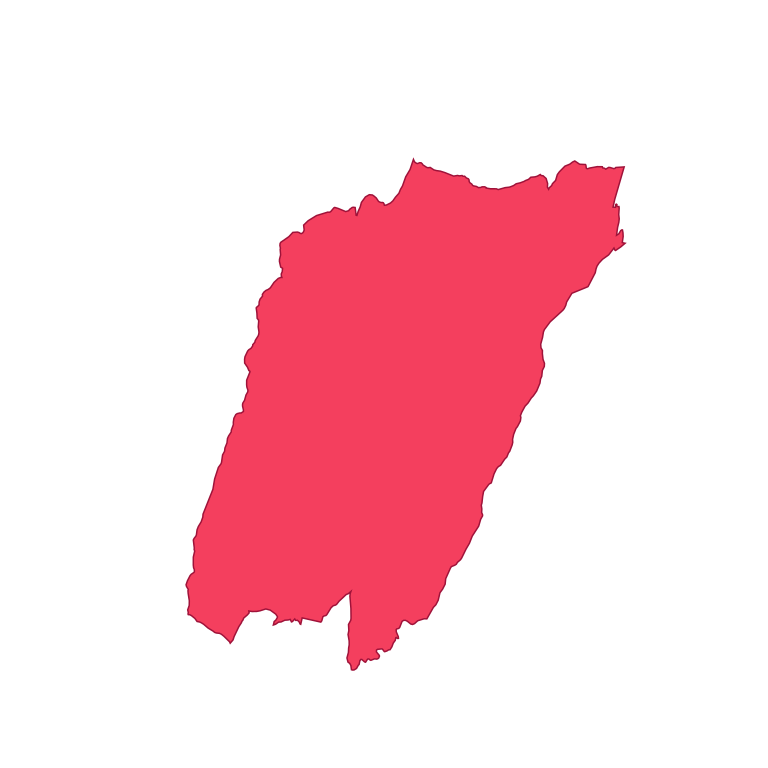 the district of Cosminele, Prahova, Romania, rotated 296°
{"feature_id": "2599482B41257383601072", "entity_name": "Cosminele", "entity_type": "district", "adm_level": 2, "iso_a3": "ROU", "parent_name": "Romania", "parent_adm1": "Prahova", "projection": "robinson", "projection_center": [25.876, 45.169], "detail": "fine", "context": "isolated", "style": "filled", "palette": "rose", "viewbox_px": 768, "rotation_deg": 296, "n_neighbors": 0, "source": "geoboundaries", "source_scale": "gbopen_adm2", "svg_char_len": 6148}
<svg xmlns="http://www.w3.org/2000/svg" viewBox="0 0 768 768"><g transform="rotate(296 384 384)"><path d="M444.6,524.3L453.1,523.8L457.1,522.5L460.1,522.4L465.6,520.4L470.0,520.4L472.9,519.2L475.9,516.1L480.8,513.0L483.6,511.7L485.4,509.2L488.5,507.4L495.3,506.1L500.6,504.5L503.2,504.3L512.7,506.1L528.9,512.5L530.9,512.9L534.4,512.9L537.8,512.2L547.9,513.1L560.7,524.5L561.2,524.7L576.6,525.1L580.5,524.1L583.4,523.8L586.8,524.2L591.8,525.7L598.5,529.3L607.0,531.1L605.6,532.7L605.5,533.6L611.0,536.7L616.2,539.0L615.5,536.2L621.4,534.3L624.7,532.5L627.0,530.8L626.9,530.3L625.6,529.5L621.8,529.2L619.6,527.8L627.2,525.3L632.2,524.2L635.6,523.0L639.2,520.7L645.1,518.3L646.5,517.4L646.0,516.5L646.0,515.6L646.5,514.9L647.4,514.7L647.5,513.9L646.8,513.6L644.3,514.7L643.4,512.3L651.3,510.4L684.4,504.7L680.2,497.4L679.1,497.1L678.3,496.1L677.7,492.3L677.2,491.0L674.3,489.1L674.6,487.6L674.1,485.9L675.0,485.0L672.9,480.5L668.3,474.2L666.7,472.6L666.5,471.6L666.7,471.2L669.1,469.6L669.6,468.9L667.3,463.5L668.1,457.7L666.2,456.2L663.0,454.6L659.1,451.1L651.6,448.6L648.2,448.0L642.2,449.0L637.9,447.6L635.8,447.7L632.8,446.5L631.2,446.6L632.5,444.6L635.9,443.2L639.8,439.6L640.9,435.7L640.3,434.0L640.8,432.6L638.0,430.7L636.3,428.8L634.2,425.3L631.3,424.2L628.8,421.9L627.5,421.1L624.4,418.1L621.9,415.0L619.2,413.5L617.1,411.6L615.9,410.4L613.6,406.8L608.8,401.4L608.7,399.4L606.2,394.2L604.9,390.0L605.3,389.9L605.4,388.1L604.2,385.7L603.0,384.7L601.9,382.7L602.1,380.6L601.3,377.5L601.4,376.5L602.2,375.2L602.5,373.2L603.2,371.9L604.8,370.9L605.4,369.9L605.3,367.7L606.1,365.4L605.3,363.9L605.6,362.8L604.1,360.5L603.7,358.7L601.4,355.5L600.7,346.0L600.0,341.3L598.8,337.6L598.3,335.0L598.9,330.6L597.7,328.8L597.4,327.6L598.0,322.9L598.7,321.8L599.1,320.3L598.5,319.0L596.9,317.6L596.6,316.5L597.0,314.1L598.8,312.0L588.2,313.4L579.7,312.7L570.1,313.8L566.2,313.5L561.9,313.8L556.9,312.4L552.5,311.7L549.5,310.5L545.9,307.7L544.8,306.0L546.0,305.0L546.6,303.9L546.5,303.1L545.8,301.8L545.6,299.9L545.9,298.7L547.8,295.5L548.5,292.8L548.8,290.7L547.7,287.8L544.0,285.3L537.3,284.1L532.6,285.0L528.0,285.1L523.6,285.8L523.4,285.0L530.0,280.7L529.4,278.9L528.7,278.0L525.8,276.5L524.3,276.3L522.2,274.0L521.7,265.8L521.1,262.3L520.3,261.7L515.5,260.5L514.3,259.5L513.9,258.2L505.8,249.5L497.6,244.3L491.6,242.1L487.3,244.8L485.2,244.9L484.0,244.6L482.9,243.7L482.7,242.9L482.9,241.2L482.6,239.6L480.3,235.6L474.7,233.9L466.1,229.1L464.8,229.0L462.9,229.7L460.6,231.4L459.4,231.7L454.7,234.5L450.3,235.4L448.3,236.3L443.8,239.9L443.5,242.1L440.3,243.3L437.8,243.4L436.0,244.5L435.0,245.5L434.6,244.6L432.6,242.7L427.1,240.6L420.7,239.7L418.3,238.5L416.4,236.9L414.0,235.8L411.2,235.4L409.7,236.3L406.0,235.4L403.0,235.8L400.4,237.0L398.7,236.6L397.0,235.8L396.3,235.8L392.0,238.7L387.4,241.2L386.6,243.0L385.6,243.8L380.2,245.9L375.8,248.9L373.7,249.6L372.1,249.8L366.8,249.2L364.8,249.6L361.8,248.8L360.6,249.3L357.7,248.8L355.6,247.5L353.8,247.0L347.6,247.1L345.2,247.8L341.7,249.6L339.2,254.0L336.8,256.7L336.9,257.4L336.3,258.2L327.2,258.9L323.0,260.9L321.0,262.2L318.8,264.4L317.2,265.0L313.6,264.8L308.2,265.8L305.2,265.5L303.9,265.7L302.2,266.5L299.2,268.9L297.7,269.7L295.3,268.3L294.8,267.2L293.0,265.0L291.5,264.2L287.4,264.1L283.6,265.3L281.5,266.4L275.6,267.0L273.9,267.7L269.2,267.1L266.4,267.2L262.2,268.7L256.8,269.1L253.6,270.2L249.5,270.0L242.4,272.3L240.9,272.5L236.4,271.7L224.4,273.4L214.3,276.4L187.7,278.4L184.9,279.5L180.0,280.1L174.5,279.6L171.0,279.9L166.2,281.5L164.8,281.6L162.0,281.0L160.2,281.0L153.4,285.4L152.2,285.8L150.8,287.1L144.8,288.5L137.6,292.0L135.4,293.4L134.0,294.9L132.3,295.8L131.4,295.8L128.4,294.1L126.7,293.7L121.0,293.6L116.8,294.1L115.4,295.3L113.5,298.2L112.3,298.4L109.9,299.8L103.9,304.0L99.6,306.0L94.9,306.6L92.9,308.2L91.3,308.7L90.9,309.2L91.5,310.7L91.4,312.5L90.4,316.8L88.6,320.1L89.3,322.8L89.3,324.4L89.0,327.2L87.5,333.0L87.0,338.5L86.5,340.7L86.7,342.4L87.8,345.5L87.8,347.6L87.1,350.7L84.6,358.2L83.6,359.4L87.8,360.5L91.3,360.0L102.2,359.9L107.0,360.5L108.3,360.3L109.8,360.7L112.1,360.5L116.5,362.4L119.2,363.1L120.7,362.0L121.7,365.2L123.8,369.3L125.8,372.0L130.0,376.4L130.9,380.9L129.7,387.6L128.2,390.2L127.5,390.5L124.4,390.3L122.4,389.4L118.9,390.2L120.6,391.9L123.7,393.6L125.0,395.8L128.2,398.4L129.9,401.3L131.3,402.9L129.6,405.1L129.7,405.4L130.8,406.0L133.7,406.8L132.8,408.2L133.7,409.8L133.0,412.0L131.5,413.8L131.5,414.5L137.9,413.0L142.3,431.6L143.9,431.9L148.0,431.1L149.1,431.7L150.5,433.3L151.6,433.7L159.7,434.5L162.5,435.6L164.1,437.4L165.2,438.0L169.0,438.8L178.2,442.3L180.0,443.9L183.0,445.2L180.7,445.5L178.3,446.4L167.7,452.7L158.9,457.1L157.1,457.7L152.3,457.5L146.9,460.5L143.1,461.5L137.8,465.3L134.2,467.1L131.3,467.9L127.1,469.7L121.5,470.8L118.2,473.6L117.9,475.6L116.5,477.6L112.9,480.0L113.2,481.3L113.9,482.5L116.3,484.0L120.0,484.2L120.9,484.6L124.8,483.6L126.4,484.0L126.7,484.9L125.7,488.4L125.9,489.4L129.2,489.8L129.9,490.2L130.2,491.1L129.8,492.4L129.9,493.3L132.8,496.0L133.6,498.2L134.7,499.1L135.5,499.4L137.5,499.2L138.1,498.6L139.9,494.6L141.7,493.9L142.7,494.5L144.9,498.1L145.0,498.9L143.7,501.4L143.7,502.0L145.4,503.7L147.1,504.7L147.8,505.9L151.2,506.3L155.2,505.9L158.5,506.5L161.1,505.8L161.5,506.0L161.2,507.6L161.7,508.5L163.2,507.6L166.6,503.7L168.6,502.6L169.3,502.7L170.8,504.4L172.0,504.8L178.6,504.3L180.2,505.3L181.0,506.9L181.0,509.0L180.0,513.3L180.4,515.1L182.0,516.5L186.0,518.1L190.6,523.0L191.7,525.5L204.9,526.3L208.3,527.4L213.5,527.5L220.9,525.8L225.3,526.6L230.9,526.7L236.1,524.8L247.6,524.4L249.4,524.6L252.2,527.1L253.7,528.0L255.9,528.2L259.6,529.8L261.7,530.1L271.5,530.1L278.2,530.6L286.0,530.0L297.8,531.4L304.7,530.2L308.7,530.4L309.7,529.9L311.3,528.1L314.6,526.7L317.7,524.6L320.0,524.2L326.1,522.0L331.1,520.6L339.3,522.1L340.7,522.6L341.7,523.6L342.6,523.7L351.4,522.3L357.3,522.3L359.9,523.0L362.0,524.4L369.3,525.4L372.2,526.4L376.7,526.1L378.6,526.5L385.4,525.9L388.0,525.3L390.7,523.8L395.6,522.6L402.0,522.1L404.0,522.6L410.5,522.8L413.9,521.7L415.3,520.5L419.2,520.2L425.9,520.5L430.0,521.8L435.9,522.5L438.8,523.4L444.6,524.3Z" fill="#f43f5e" stroke="#9f1239" stroke-width="1.5"/></g></svg>